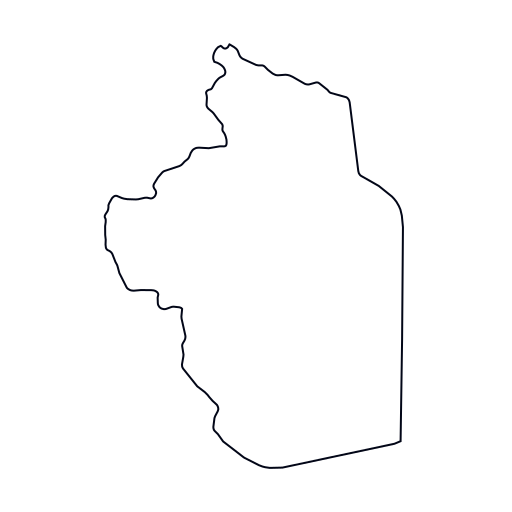 outline of Ar Riyad, rotated 355°
{"feature_id": "SAU-1097", "entity_name": "Ar Riyad", "entity_type": "Region", "adm_level": 1, "iso_a3": "SAU", "parent_name": "Saudi Arabia", "parent_adm1": "", "projection": "albers", "projection_center": [44.266, 23.395], "detail": "fine", "context": "isolated", "style": "outline", "palette": "ink", "viewbox_px": 512, "rotation_deg": 355, "n_neighbors": 0, "source": "natural_earth", "source_scale": "10m", "svg_char_len": 3677}
<svg xmlns="http://www.w3.org/2000/svg" viewBox="0 0 512 512"><g transform="rotate(355 256 256)"><path d="M233.7,144.0L234.7,143.9L235.6,143.5L236.1,142.7L236.4,141.8L236.6,140.7L236.7,139.2L236.7,137.4L236.2,134.3L235.7,132.5L235.1,131.0L233.8,128.7L233.5,127.5L233.7,126.0L234.2,123.6L233.9,122.0L233.8,121.8L230.3,117.0L226.2,110.2L225.1,108.8L221.4,105.1L220.7,104.1L220.2,103.1L219.9,102.0L219.9,100.9L220.9,94.2L220.9,92.0L220.5,89.6L220.6,88.5L221.5,87.3L222.5,86.7L223.6,86.3L225.4,86.0L226.0,85.7L226.8,85.0L230.1,80.0L231.8,78.1L233.9,76.2L235.0,75.4L236.2,74.8L238.4,73.9L239.4,73.4L240.4,72.7L241.0,71.8L241.3,71.0L241.4,70.3L241.5,70.2L241.5,69.4L241.4,68.5L241.1,67.5L240.7,66.4L240.1,65.2L239.3,64.2L238.4,63.2L236.5,61.6L234.4,60.2L231.4,58.9L231.2,58.2L230.7,56.4L230.6,55.4L230.7,54.3L230.8,53.3L231.3,51.7L232.0,50.0L233.2,48.0L234.4,46.5L235.9,45.1L236.5,44.6L239.2,43.6L240.1,44.3L240.3,44.6L241.1,45.5L241.9,46.2L242.9,46.6L243.9,46.7L245.1,46.2L246.1,45.6L248.0,42.9L248.4,43.1L252.4,46.0L254.3,47.8L255.1,48.9L255.7,50.1L257.0,54.5L257.6,55.9L258.7,57.3L259.8,58.3L272.8,65.7L274.9,66.3L278.3,66.6L279.3,66.8L280.3,67.3L281.2,68.1L284.1,71.6L288.5,75.7L290.6,77.0L291.6,77.5L293.5,77.9L301.1,78.0L303.2,78.4L305.2,79.1L308.1,80.7L319.6,88.7L320.7,89.2L321.8,89.5L322.9,89.7L323.9,89.7L330.8,88.4L331.9,88.4L333.0,88.7L334.0,89.4L341.7,96.7L343.0,98.6L343.8,99.5L344.8,100.1L359.7,105.7L360.3,106.1L361.0,106.8L361.6,107.7L362.1,108.6L362.4,109.6L362.7,111.2L365.3,180.3L365.7,182.6L366.1,183.3L366.7,184.4L367.6,185.3L384.4,196.9L396.6,208.6L398.5,211.0L400.6,214.2L402.7,218.7L403.9,222.3L404.8,228.5L404.9,240.1L394.3,351.5L383.9,453.1L377.6,455.1L263.9,469.1L251.3,468.3L246.7,467.2L244.1,466.3L240.6,464.6L227.0,456.1L226.2,455.5L207.1,437.9L202.5,430.1L199.7,426.8L198.9,425.5L198.6,423.9L198.6,422.6L200.5,413.8L201.4,411.9L204.3,407.4L204.7,406.5L205.1,405.4L205.1,405.2L205.1,404.2L205.0,403.3L204.7,402.2L204.1,400.9L200.1,396.5L197.3,392.7L195.7,390.2L193.1,387.1L186.1,380.7L173.6,361.9L173.1,360.8L172.8,359.8L172.8,358.7L172.8,357.6L174.8,350.1L175.2,347.9L174.6,339.3L174.7,338.3L175.1,337.3L175.7,336.3L177.1,334.4L177.7,333.4L178.2,332.4L178.5,331.3L178.7,330.2L178.7,329.2L176.4,312.0L176.4,309.8L177.8,302.3L177.7,302.1L177.0,301.3L176.1,300.8L175.1,300.4L169.5,299.3L168.4,299.3L167.4,299.4L161.8,300.9L160.6,301.0L159.5,300.9L157.5,300.2L156.4,299.5L155.4,298.5L154.4,296.6L154.1,295.3L154.1,294.1L154.4,288.8L155.1,286.6L155.3,285.6L155.1,284.6L154.5,283.5L153.2,282.4L152.0,281.7L150.9,281.3L148.7,280.9L138.4,279.9L131.1,279.9L129.4,279.6L128.4,279.3L127.3,278.8L126.3,278.1L125.4,277.4L124.7,276.6L124.3,275.8L118.4,261.1L117.1,253.8L116.7,252.5L115.5,249.8L113.1,241.6L112.3,240.0L111.3,238.9L110.3,238.1L108.6,237.1L108.1,236.6L107.6,235.8L107.2,234.8L107.1,231.6L107.7,226.7L107.6,221.9L108.3,213.1L109.2,209.2L109.4,207.3L109.4,206.1L108.8,204.4L108.7,204.0L108.8,203.2L109.0,202.4L109.8,201.2L112.0,198.4L112.1,198.2L112.8,196.7L113.3,194.4L113.4,192.6L114.3,190.7L117.5,186.0L118.1,185.4L119.4,184.4L120.5,183.9L121.6,183.8L122.6,184.0L127.5,186.6L129.6,187.4L132.9,188.2L141.3,189.2L143.6,189.2L150.3,188.3L152.5,188.4L156.1,189.5L157.0,189.5L158.0,189.3L159.1,188.7L160.3,187.8L161.2,186.5L162.0,184.6L162.0,183.2L161.7,182.0L160.5,179.9L160.1,178.8L159.9,177.8L160.1,176.5L160.8,175.1L165.3,169.1L169.8,164.7L170.9,163.9L172.0,163.4L187.6,159.7L189.4,158.9L190.6,158.0L193.1,155.7L196.4,153.5L197.4,152.5L198.3,151.1L200.0,147.6L201.3,145.9L202.0,145.1L202.6,144.6L203.4,144.1L204.3,143.7L205.3,143.3L206.4,143.1L208.6,143.1L218.4,144.5L229.5,143.6L233.7,144.0Z" fill="none" stroke="#020617" stroke-width="2"/></g></svg>